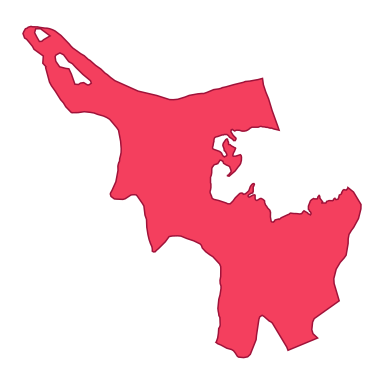 Mitubas, Kafr ash Shaykh, Egypt (orthographic projection)
{"feature_id": "37247803B73956026156280", "entity_name": "Mitubas", "entity_type": "district", "adm_level": 2, "iso_a3": "EGY", "parent_name": "Egypt", "parent_adm1": "Kafr ash Shaykh", "projection": "orthographic", "projection_center": [30.507, 31.383], "detail": "fine", "context": "isolated", "style": "filled", "palette": "rose", "viewbox_px": 384, "rotation_deg": 0, "n_neighbors": 0, "source": "geoboundaries", "source_scale": "gbopen_adm2", "svg_char_len": 5960}
<svg xmlns="http://www.w3.org/2000/svg" viewBox="0 0 384 384"><path d="M317.6,338.0L313.0,333.7L311.8,329.7L312.6,322.1L314.2,318.6L339.2,300.8L334.1,283.5L333.8,278.7L336.2,269.1L340.2,262.4L344.1,258.0L346.1,255.2L348.1,243.6L348.2,238.8L349.0,234.4L351.4,230.4L353.7,227.3L358.5,218.5L360.9,208.9L361.0,204.5L353.5,192.0L347.9,187.5L347.6,188.8L346.4,189.6L346.4,190.0L345.2,190.0L344.0,189.6L342.8,190.4L342.1,192.0L341.7,192.3L341.6,193.5L340.9,194.3L339.3,195.1L339.3,195.5L338.9,196.3L338.9,197.5L338.5,197.9L338.1,199.1L336.9,199.5L335.7,199.5L334.9,198.3L334.5,198.7L334.1,198.7L333.3,199.9L333.3,200.3L332.5,200.7L329.0,200.6L327.0,201.4L326.6,201.4L326.2,202.6L325.8,203.0L321.9,203.0L321.9,202.6L322.6,201.8L319.9,198.2L319.9,197.0L319.5,195.8L319.1,195.4L317.9,196.9L317.5,198.5L317.1,198.9L314.4,198.9L313.6,198.5L311.6,199.7L310.4,200.9L308.4,206.1L308.4,209.3L309.2,210.1L309.6,211.3L310.4,211.7L311.1,213.3L310.7,214.5L310.3,214.9L310.0,214.5L308.3,213.9L307.6,212.9L304.0,210.8L302.8,212.0L301.7,213.6L299.7,214.0L296.9,213.6L293.4,213.5L290.6,213.1L289.8,213.5L289.0,214.3L287.8,214.7L281.1,217.8L280.3,218.6L279.1,219.4L278.7,219.0L275.6,219.8L274.8,220.2L274.4,221.0L274.4,221.4L274.0,221.4L273.2,222.2L271.6,221.8L271.2,221.4L270.4,216.9L270.5,212.1L270.1,211.7L270.1,210.9L269.7,210.1L267.7,208.1L266.5,206.1L265.7,205.3L264.6,202.5L264.6,200.9L263.4,199.7L261.4,198.5L260.2,198.5L257.1,200.4L256.3,200.4L255.5,199.6L255.1,198.8L255.1,195.2L254.3,194.8L252.7,195.2L249.2,197.2L248.4,196.8L248.0,196.0L248.8,194.8L251.2,193.2L252.0,193.2L252.4,192.8L252.8,192.8L252.8,192.0L253.2,191.6L253.2,186.8L253.6,186.4L254.4,184.4L254.0,183.6L253.2,183.6L252.4,184.0L251.6,184.8L250.4,186.4L248.8,190.8L246.8,192.7L245.2,193.9L243.3,194.3L242.9,193.5L242.1,193.1L240.9,193.1L239.7,193.5L235.3,197.8L233.0,201.0L230.2,203.8L227.8,203.8L226.2,203.0L218.7,200.5L213.6,199.3L212.0,198.0L211.6,196.4L210.1,192.8L210.1,191.2L210.5,190.0L210.9,187.6L210.9,184.0L210.5,182.8L210.5,177.2L211.3,175.2L211.7,172.8L211.8,168.4L212.2,167.6L212.2,167.2L213.0,166.4L213.4,165.6L214.2,164.8L214.9,164.5L216.5,164.1L216.9,163.7L217.7,163.7L220.1,160.1L221.7,160.5L222.5,161.3L222.9,161.3L223.6,163.3L226.4,165.0L228.4,165.8L229.6,166.6L230.7,169.4L231.1,171.0L231.1,171.8L229.1,174.2L228.7,175.0L227.5,175.4L227.5,175.8L229.1,176.2L235.1,171.0L238.6,166.3L239.4,165.5L240.6,163.5L241.4,160.3L241.5,157.1L241.1,155.5L240.3,154.7L235.5,156.2L233.2,156.2L232.8,155.4L233.2,153.8L233.6,152.6L234.4,151.4L235.6,148.2L235.2,147.8L234.0,147.4L233.6,147.0L232.0,146.2L230.8,145.4L230.0,144.6L228.9,144.6L228.5,144.2L228.5,142.2L227.7,140.6L227.7,139.8L227.3,139.0L226.9,138.9L225.7,139.7L223.3,143.3L222.9,144.9L222.9,145.7L224.1,148.9L224.1,150.1L224.5,150.9L225.3,151.3L226.8,154.2L226.8,155.4L226.0,156.1L224.9,156.5L224.5,156.9L223.7,156.5L222.9,155.7L222.1,154.5L221.7,153.3L220.5,152.1L219.3,151.3L213.4,149.2L212.6,148.4L212.6,146.8L213.0,146.0L213.5,142.8L213.9,141.6L213.9,140.0L214.3,138.4L214.7,137.6L215.9,136.9L217.8,136.5L222.2,134.9L223.4,134.9L224.2,134.5L226.9,134.5L228.1,135.4L228.9,136.2L229.3,137.0L232.8,139.4L233.6,140.6L235.2,140.6L236.0,139.0L236.0,138.2L233.2,135.4L230.9,131.8L231.3,129.8L231.7,129.8L232.1,129.4L232.5,129.4L233.3,130.2L234.8,131.0L235.2,130.6L236.4,130.2L237.6,130.2L239.6,130.3L242.0,131.1L244.3,131.1L246.3,130.7L247.9,129.9L249.1,129.1L249.9,128.3L251.9,127.2L258.2,127.2L260.2,126.4L261.3,126.4L262.5,126.8L264.5,126.9L266.1,127.3L267.3,127.3L270.0,128.1L271.6,128.1L273.6,128.9L279.1,130.2L277.9,126.6L272.1,110.5L268.6,98.9L265.8,92.1L263.4,84.8L262.5,78.4L258.0,79.6L254.0,80.3L249.7,81.1L245.3,81.5L243.4,82.3L233.9,84.6L225.8,86.9L222.0,87.7L221.6,88.1L218.8,88.9L213.7,89.6L206.7,92.5L203.8,93.5L201.4,93.5L197.5,93.9L189.2,95.4L185.2,97.0L177.7,99.3L173.3,99.7L169.6,99.6L156.8,95.5L138.1,91.1L114.9,80.7L110.6,77.5L107.4,74.7L105.0,73.1L100.8,69.0L95.6,65.4L90.1,60.5L88.1,59.3L84.2,55.7L80.7,53.7L72.8,48.0L70.8,46.0L69.2,44.0L61.0,35.5L55.1,31.0L52.7,29.8L49.6,28.7L47.2,28.2L44.8,28.1L39.3,27.3L37.7,26.9L32.6,26.8L31.0,26.4L28.2,27.2L27.4,28.0L25.4,28.8L23.8,31.6L23.0,33.6L24.6,38.0L26.6,39.2L29.3,42.4L32.5,46.4L34.0,49.3L43.3,56.0L42.8,63.2L46.0,66.8L45.6,67.6L49.5,82.1L51.4,85.7L55.3,91.2L60.7,99.8L63.4,102.8L65.8,106.8L71.3,112.5L72.1,112.7L78.1,112.6L84.2,111.7L90.0,112.3L94.1,113.0L97.4,114.3L103.5,116.0L106.8,117.5L109.7,119.3L116.7,127.6L118.5,130.2L120.6,141.2L121.2,148.7L121.1,152.5L120.5,155.6L119.7,158.7L119.5,161.3L118.8,162.5L118.3,164.2L117.9,166.1L118.0,170.4L115.9,181.7L112.0,190.4L110.6,192.9L110.3,194.0L111.0,196.4L114.3,198.9L116.4,199.1L122.9,199.4L125.1,198.8L130.8,195.1L132.0,194.8L134.4,194.7L136.2,194.9L137.3,196.1L142.5,203.6L143.9,206.0L145.0,215.1L146.5,219.4L146.8,227.2L148.0,234.8L149.1,239.5L150.4,243.3L151.9,246.7L152.3,249.0L152.3,251.2L153.5,251.9L155.1,251.8L156.6,250.2L158.6,248.5L165.3,241.8L169.1,236.6L172.1,236.0L174.4,235.9L177.7,235.8L181.0,236.1L186.8,238.5L193.7,240.8L200.1,243.9L201.4,245.4L202.3,248.0L205.7,251.7L209.7,254.7L212.9,256.7L219.7,264.1L220.7,266.6L220.8,269.0L220.7,276.6L220.0,280.3L220.2,283.6L221.0,286.0L221.0,288.6L220.0,295.0L218.8,299.3L217.9,308.4L218.2,311.1L218.7,313.6L218.9,315.5L219.9,317.5L220.2,325.1L219.7,326.9L218.7,328.5L218.4,333.2L217.7,337.9L216.3,341.9L215.9,342.3L217.7,343.7L220.9,345.0L226.8,348.2L231.5,349.5L233.5,350.7L235.1,352.7L237.4,356.3L238.6,357.1L243.7,357.6L247.7,356.8L250.3,354.3L256.1,339.7L256.5,335.3L258.9,319.3L259.7,316.9L262.1,315.3L264.1,316.5L269.2,321.0L270.8,321.8L272.3,323.0L286.8,347.1L288.0,350.3L317.6,338.0ZM90.5,80.7L91.3,83.2L88.9,84.9L87.4,84.9L83.7,82.6L80.5,83.1L78.5,84.5L74.9,84.2L71.4,74.2L68.9,68.8L65.8,68.4L59.6,66.8L55.8,61.3L55.1,56.6L56.0,55.0L59.9,52.9L63.6,54.8L68.7,61.6L72.4,63.7L75.7,67.3L82.9,74.4L90.5,80.7ZM41.8,41.3L39.4,41.5L36.8,37.0L34.6,32.7L35.7,28.8L40.6,28.8L50.1,35.9L43.6,39.7L41.8,41.3Z" fill="#f43f5e" stroke="#9f1239" stroke-width="1.5"/></svg>